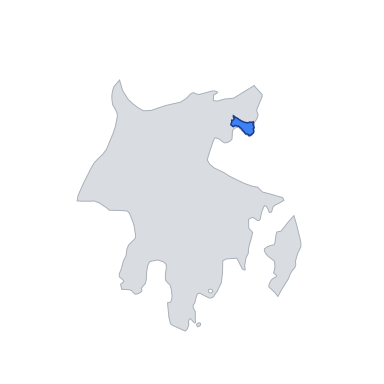 location of Yardymli District, Yardımlı, Azerbaijan, rotated 241°
{"feature_id": "54616110B63590673188827", "entity_name": "Yardymli District", "entity_type": "district", "adm_level": 2, "iso_a3": "AZE", "parent_name": "Azerbaijan", "parent_adm1": "Yardımlı", "projection": "albers", "projection_center": [48.274, 38.907], "detail": "fine", "context": "in_parent", "style": "filled", "palette": "blue", "viewbox_px": 384, "rotation_deg": 241, "n_neighbors": 0, "source": "geoboundaries", "source_scale": "gbopen_adm2", "svg_char_len": 4524}
<svg xmlns="http://www.w3.org/2000/svg" viewBox="0 0 384 384"><g transform="rotate(241 192 192)"><path d="M255.0,298.2L253.6,298.1L243.7,300.6L241.6,299.8L233.0,289.0L231.3,287.8L227.6,287.3L225.5,285.5L223.7,282.6L222.7,280.4L214.0,274.5L212.7,272.4L212.5,270.5L213.8,268.8L215.3,267.4L219.6,265.9L224.6,264.6L226.1,263.7L227.0,262.2L226.9,259.7L226.1,257.2L219.0,252.7L218.2,250.8L218.0,248.4L218.4,245.9L219.5,244.0L225.3,241.3L228.4,238.6L226.5,235.6L220.2,228.6L212.8,220.9L207.9,220.9L202.2,223.1L193.0,229.6L187.9,232.3L181.3,236.8L174.1,241.9L168.1,247.3L164.4,251.7L157.8,253.6L154.4,257.3L143.2,268.5L140.1,268.3L140.0,262.7L140.3,258.2L139.6,255.6L136.1,252.0L136.1,250.5L137.1,249.6L139.8,250.2L143.3,250.1L145.0,248.7L141.4,244.0L138.1,240.9L135.3,238.7L134.7,237.4L134.7,236.6L135.3,235.5L140.2,233.1L140.7,230.7L140.5,228.1L132.9,224.1L127.2,225.4L122.2,220.9L118.9,217.5L114.9,213.8L111.3,211.7L108.0,207.1L102.0,202.3L98.2,200.9L98.2,200.2L99.0,199.3L100.6,198.7L111.4,199.2L112.8,198.4L113.5,196.4L115.1,193.5L116.9,189.2L116.8,185.5L106.2,179.3L98.5,173.7L93.3,166.4L89.8,159.7L90.0,157.5L91.1,155.5L99.7,149.7L100.3,148.1L100.1,147.1L97.2,143.9L93.6,140.6L92.5,138.2L90.2,137.0L85.7,136.8L78.0,132.6L76.4,132.1L76.0,131.3L76.4,130.6L82.1,129.2L82.0,127.9L80.4,126.1L77.3,124.7L74.5,121.5L73.6,118.7L84.0,110.9L87.0,109.3L93.5,111.0L107.0,116.9L106.0,119.9L107.3,121.6L110.4,124.0L116.3,126.5L121.4,127.8L124.0,126.8L128.0,126.1L133.0,128.9L137.6,132.4L140.0,133.8L141.2,134.3L144.8,133.2L149.2,128.9L151.0,123.6L151.5,121.0L149.0,117.5L144.0,113.5L138.3,110.1L134.7,107.0L132.4,101.1L130.1,100.4L129.5,99.7L129.1,97.7L129.3,94.9L130.2,92.7L132.5,91.9L134.9,91.6L137.0,89.6L139.7,85.6L140.9,83.4L145.9,84.8L146.5,88.4L147.3,89.2L149.4,88.8L152.9,87.4L155.6,88.6L159.0,92.9L163.9,97.5L166.5,100.6L167.5,102.7L169.9,104.7L173.5,107.2L176.4,110.9L178.9,119.7L181.5,121.7L191.0,125.1L194.3,125.8L203.6,127.0L206.8,126.2L211.6,118.7L216.0,111.0L220.0,109.4L227.2,105.7L231.5,102.2L233.4,98.4L237.4,91.2L239.9,87.2L244.2,90.7L251.6,100.4L262.3,116.1L264.9,120.6L266.6,125.8L268.2,132.0L270.6,137.6L281.6,151.5L286.3,156.6L294.1,163.2L296.8,164.6L300.4,165.0L306.9,164.9L313.0,167.4L316.0,169.2L319.2,171.8L322.0,174.8L325.0,182.9L314.4,180.5L303.8,181.1L297.9,183.0L292.1,185.5L286.6,188.9L283.2,195.6L280.4,211.0L276.2,225.4L276.5,232.0L278.4,238.3L278.3,241.4L276.3,242.7L273.8,245.4L270.6,258.6L269.0,261.3L266.9,262.9L266.3,261.4L266.4,257.9L261.6,254.9L259.2,258.3L257.5,265.6L254.1,273.2L253.9,274.7L255.0,298.2ZM98.0,161.3L98.6,159.3L97.3,158.3L95.9,158.2L94.6,159.2L94.6,161.8L96.2,162.3L98.0,161.3ZM61.2,219.9L59.7,217.7L59.0,216.5L63.7,215.8L71.7,213.2L73.8,214.6L76.0,217.6L77.0,220.1L77.1,224.7L78.0,225.5L81.8,224.1L83.5,226.0L86.4,228.3L91.4,230.6L98.9,227.4L102.5,226.6L105.6,226.8L107.2,227.9L107.6,231.5L106.9,235.9L106.0,238.2L107.5,240.0L113.4,244.4L115.9,246.8L114.6,250.9L118.8,260.9L120.3,264.9L121.9,269.7L112.7,267.6L96.1,263.1L91.6,260.9L87.4,255.2L84.9,252.4L81.2,248.9L78.1,247.5L75.8,245.0L74.6,241.4L72.7,238.2L69.4,234.3L62.2,221.3L61.2,219.9ZM74.1,135.1L73.0,135.7L71.5,135.0L71.1,133.4L71.3,131.7L72.8,131.4L74.1,131.9L74.4,133.4L74.1,135.1Z" fill="#d9dde1" stroke="#a8b0b8" stroke-width="1"/><path d="M235.5,261.5L235.2,261.3L234.7,261.1L234.0,260.7L233.6,260.3L233.0,259.7L232.4,258.8L231.6,258.6L231.2,258.8L230.5,259.3L229.6,259.4L229.2,259.7L229.1,260.2L229.1,260.6L229.1,261.1L229.3,261.8L228.7,262.6L228.3,263.0L227.7,263.4L227.2,264.4L226.7,264.8L226.5,265.0L225.4,265.2L224.7,265.5L223.6,266.0L222.6,266.1L221.5,266.1L220.3,266.6L219.4,266.8L218.4,266.9L217.3,266.9L216.8,267.1L216.5,267.6L216.1,268.4L215.5,268.8L215.1,269.1L214.4,269.4L213.6,269.1L213.3,269.7L213.3,270.4L213.3,271.2L213.6,272.0L213.6,272.6L213.8,273.4L213.9,274.0L214.1,274.6L214.7,275.2L215.3,275.6L216.2,275.8L216.7,276.0L217.3,276.2L217.7,276.3L217.7,276.8L218.1,277.5L218.7,277.7L219.3,277.8L220.2,277.9L221.3,278.2L222.2,278.5L222.8,279.4L223.7,279.6L223.7,279.0L224.0,278.1L224.5,277.4L224.9,276.9L225.2,276.4L225.2,275.4L225.4,274.7L225.6,273.9L226.2,273.5L226.5,273.0L226.9,272.4L227.4,271.9L228.0,271.1L228.7,270.9L229.3,270.4L229.7,270.0L230.4,269.5L230.8,269.3L231.7,268.9L232.3,268.4L233.7,267.9L234.2,267.6L234.9,267.2L235.4,266.7L236.1,266.3L236.8,266.0L237.4,265.8L237.9,265.5L238.3,265.4L238.6,265.2L238.0,264.8L237.2,264.5L236.9,264.5L235.8,264.5L235.6,264.3L235.2,263.6L235.1,263.4L235.0,262.6L235.2,261.8L235.5,261.5Z" fill="#3b82f6" stroke="#1e3a8a" stroke-width="1.5"/></g></svg>